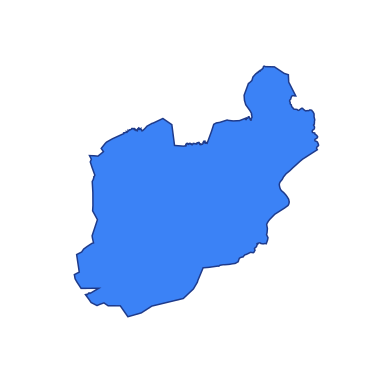 Apayao, Apayao, Philippines, rotated 239°
{"feature_id": "2640588B24165862747597", "entity_name": "Apayao", "entity_type": "district", "adm_level": 2, "iso_a3": "PHL", "parent_name": "Philippines", "parent_adm1": "Apayao", "projection": "albers", "projection_center": [121.354, 18.09], "detail": "fine", "context": "isolated", "style": "filled", "palette": "blue", "viewbox_px": 384, "rotation_deg": 239, "n_neighbors": 0, "source": "geoboundaries", "source_scale": "gbopen_adm2", "svg_char_len": 5906}
<svg xmlns="http://www.w3.org/2000/svg" viewBox="0 0 384 384"><g transform="rotate(239 192 192)"><path d="M163.7,321.2L164.9,321.2L165.4,321.3L165.8,321.7L166.4,322.7L166.5,324.0L166.9,324.6L168.2,325.0L169.3,325.0L169.5,325.2L170.4,325.2L171.4,324.7L172.0,324.1L172.5,323.8L173.4,324.0L173.8,324.6L173.8,326.9L174.5,328.1L176.2,328.1L177.2,327.7L177.6,327.6L178.3,327.2L179.3,327.6L179.6,327.4L180.4,326.4L181.1,326.0L181.8,326.1L182.4,326.5L182.8,327.1L182.9,327.7L182.9,328.7L183.2,329.3L183.9,330.1L185.3,330.7L186.0,330.6L186.8,330.6L187.0,331.0L187.2,331.9L188.0,332.3L188.3,332.6L189.6,333.4L190.4,334.2L190.9,334.5L193.5,335.3L195.3,336.4L196.3,336.9L198.4,337.0L198.8,336.8L200.4,336.7L201.0,336.1L201.7,335.2L201.6,334.8L201.6,334.0L202.6,332.3L202.8,331.5L203.2,331.0L204.5,330.5L205.3,330.1L206.7,329.9L207.2,329.4L207.3,328.8L207.0,325.6L207.2,325.2L207.5,324.9L208.7,324.5L210.3,322.3L211.0,321.8L212.6,321.8L213.1,321.5L214.2,321.5L215.6,322.0L216.0,321.8L216.6,321.6L217.5,321.8L218.4,322.4L219.5,322.4L220.0,322.7L220.6,323.5L220.6,324.1L221.0,324.7L221.5,325.1L222.3,326.1L222.8,327.1L222.8,327.7L222.4,328.5L221.7,329.2L220.9,330.4L236.4,331.5L242.9,335.0L246.2,332.1L256.8,327.1L261.7,319.4L262.8,318.6L262.4,317.4L261.9,317.0L261.4,316.5L261.3,316.1L261.4,315.6L261.0,315.0L261.1,314.7L261.0,314.2L261.2,313.2L261.1,312.8L260.7,312.9L260.5,312.7L260.8,312.0L261.0,311.6L261.0,311.3L260.6,310.8L260.5,310.3L260.8,310.1L260.9,309.6L260.8,309.3L260.4,308.9L260.5,307.8L260.3,307.0L259.2,303.5L256.7,300.7L256.0,297.5L256.0,296.3L248.1,286.5L243.6,284.2L239.1,283.0L231.9,283.6L229.0,283.5L227.9,283.2L227.8,282.9L225.4,282.1L224.8,281.5L224.5,280.4L224.0,280.1L223.3,280.0L223.2,279.9L223.2,279.5L223.5,279.2L226.9,279.7L227.2,279.6L227.4,279.2L227.3,278.6L226.8,278.3L226.6,277.8L226.7,277.2L227.0,277.1L227.0,276.5L226.2,275.8L226.2,275.6L226.5,275.4L226.9,275.3L227.6,276.1L228.7,269.5L231.7,263.9L234.8,259.9L235.6,259.2L237.4,251.6L238.7,248.4L238.8,245.5L233.9,239.9L225.9,230.0L226.3,229.7L226.7,230.1L226.9,230.0L226.9,229.5L226.7,228.9L227.0,228.6L227.2,229.0L227.5,229.2L227.9,229.0L228.7,229.2L228.6,228.7L228.2,228.7L228.0,228.4L228.3,228.0L228.6,228.2L229.1,228.8L229.4,228.6L229.4,228.1L228.7,227.7L228.8,227.0L228.1,226.8L227.6,225.6L227.7,225.3L228.0,224.9L227.9,224.3L228.2,223.9L228.7,224.1L228.7,223.9L228.4,223.5L228.7,223.2L229.7,223.5L230.1,223.5L230.5,223.1L230.7,223.6L230.8,223.6L231.0,223.5L231.0,223.0L230.8,222.7L231.4,222.2L231.5,221.4L231.3,221.1L231.0,221.1L230.7,220.8L230.9,220.5L231.5,220.2L231.6,219.5L232.7,218.7L233.0,218.1L232.6,217.6L232.8,216.8L232.7,216.6L232.5,216.3L232.8,216.2L232.9,216.4L233.4,216.5L233.7,216.1L233.7,215.6L234.0,215.5L234.4,215.5L234.8,215.4L234.9,214.9L234.6,214.5L235.0,214.0L234.7,213.4L234.9,213.2L235.2,213.2L235.8,213.4L236.0,213.2L236.0,212.8L236.3,212.7L236.3,212.2L236.0,211.2L235.8,211.1L235.2,211.1L234.6,210.6L234.6,210.4L235.1,209.9L235.6,208.4L240.9,201.0L260.1,209.4L270.0,204.9L271.1,194.0L271.4,193.3L271.6,187.3L270.8,184.8L270.0,181.5L270.0,181.1L270.1,180.9L270.4,180.6L270.8,180.9L271.2,180.8L271.1,180.7L271.3,180.7L271.5,180.6L271.6,180.8L271.6,180.6L272.0,180.6L272.0,180.8L272.1,180.5L272.5,180.7L272.4,180.4L272.6,180.6L272.7,180.1L272.9,180.1L272.9,179.9L272.8,179.7L273.5,179.6L273.4,179.4L273.3,179.5L273.2,179.3L273.4,179.3L273.4,179.1L273.9,179.2L273.8,178.9L274.2,178.9L274.0,178.6L273.9,178.3L274.1,178.0L274.0,177.8L273.8,177.9L273.6,177.8L273.7,177.5L273.6,177.4L273.6,177.2L273.4,177.1L273.3,176.9L273.1,176.9L273.2,176.5L273.4,176.5L273.1,176.4L273.4,176.2L273.1,176.2L273.3,176.0L273.2,175.9L273.3,176.0L273.6,175.8L273.7,175.6L274.0,175.7L274.1,175.8L274.3,175.8L274.1,176.1L274.9,175.6L275.1,175.5L275.1,175.4L275.2,175.5L275.3,175.4L275.5,175.4L275.4,175.2L275.5,174.9L275.7,174.7L275.9,174.8L275.9,174.6L276.0,174.8L276.2,174.5L276.3,174.7L276.5,174.6L276.7,174.2L276.8,174.0L277.1,173.5L277.3,173.4L277.4,173.1L277.2,173.0L277.0,172.5L277.1,170.9L277.3,170.8L277.3,170.5L277.5,170.3L277.4,169.9L277.2,169.4L277.3,169.2L277.2,169.1L277.3,168.7L277.5,168.7L277.3,168.5L277.1,168.5L277.0,168.3L277.0,167.8L276.7,167.0L277.4,166.8L276.9,166.5L277.9,163.9L277.2,163.6L278.6,151.3L278.8,144.5L278.4,142.8L276.1,136.6L272.2,136.9L271.7,133.6L271.2,129.8L273.5,126.7L276.0,122.9L271.9,122.6L270.2,120.3L264.6,119.0L256.5,117.4L255.9,116.6L255.6,115.6L255.4,115.5L255.1,115.5L254.2,114.4L253.9,114.3L252.4,111.9L242.5,106.7L231.4,100.1L227.0,97.1L217.0,96.7L205.9,83.8L203.7,82.9L199.1,81.4L199.5,79.7L199.3,74.1L198.9,69.8L197.4,66.5L197.8,60.9L181.4,54.1L181.8,48.6L177.8,47.1L174.1,47.0L166.5,47.3L157.5,62.5L157.6,52.4L158.1,52.4L158.6,51.4L158.1,49.9L158.1,49.6L158.3,49.3L158.0,48.9L158.2,48.7L158.4,48.8L158.7,48.6L158.9,47.8L153.7,48.3L149.2,48.6L143.6,52.1L143.2,55.1L142.3,59.4L137.7,61.5L131.4,71.9L118.1,72.8L114.5,86.3L114.9,98.8L105.2,129.7L108.2,143.3L111.9,150.1L113.2,151.5L121.3,162.5L118.8,167.5L115.2,176.0L114.6,176.8L114.8,178.2L113.6,181.3L112.9,182.4L110.8,186.6L109.6,189.8L108.8,191.6L108.5,192.4L108.5,195.2L108.4,195.4L109.0,196.4L109.3,196.5L110.8,198.5L110.8,200.0L110.4,201.6L110.0,202.2L110.6,203.7L110.9,205.1L110.5,206.5L110.1,211.2L108.4,213.2L108.4,213.9L109.7,216.1L110.4,216.1L111.1,216.3L111.5,216.6L111.9,218.9L112.1,219.3L113.3,220.6L113.3,221.2L113.6,221.7L114.2,221.5L113.8,223.0L113.8,223.4L113.5,223.9L113.2,224.2L112.8,224.4L112.5,224.4L111.4,225.6L110.8,226.5L110.2,228.1L109.4,229.0L111.9,232.0L113.7,233.6L117.0,233.9L118.5,235.4L121.8,237.8L125.6,239.2L126.4,240.1L127.7,242.5L128.5,244.6L130.3,251.5L130.6,263.2L131.0,267.4L132.0,269.0L133.4,270.2L136.0,271.1L138.9,271.1L141.3,270.9L144.3,270.3L146.9,269.4L148.6,269.2L150.3,269.5L152.2,270.1L153.7,270.8L154.8,272.0L155.3,272.9L156.3,275.8L157.8,278.2L159.2,282.1L159.9,287.0L160.8,290.8L162.7,300.5L163.2,303.8L163.7,321.2Z" fill="#3b82f6" stroke="#1e3a8a" stroke-width="1.5"/></g></svg>